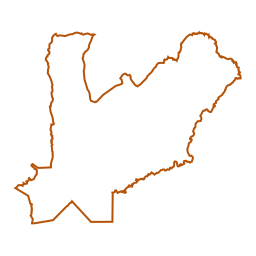 Luano, Central, Zambia
{"feature_id": "96606910B16035329871790", "entity_name": "Luano", "entity_type": "district", "adm_level": 2, "iso_a3": "ZMB", "parent_name": "Zambia", "parent_adm1": "Central", "projection": "robinson", "projection_center": [29.687, -14.461], "detail": "fine", "context": "isolated", "style": "outline", "palette": "amber", "viewbox_px": 256, "rotation_deg": 0, "n_neighbors": 0, "source": "geoboundaries", "source_scale": "gbopen_adm2", "svg_char_len": 5695}
<svg xmlns="http://www.w3.org/2000/svg" viewBox="0 0 256 256"><path d="M32.0,223.3L33.8,223.4L53.0,220.2L66.8,206.2L67.8,205.9L69.6,203.3L71.2,202.6L71.2,202.2L71.7,202.0L72.0,201.3L91.0,221.9L112.4,221.8L112.7,193.6L112.4,192.6L114.2,192.4L115.1,191.5L115.1,190.6L116.1,190.4L117.6,192.9L120.3,191.5L122.4,192.1L122.6,191.9L122.2,191.2L123.0,191.0L123.8,191.4L123.9,192.2L124.4,192.8L125.0,192.9L125.8,192.3L125.3,191.2L124.8,191.1L124.9,189.8L127.6,187.1L128.7,186.9L128.7,186.0L129.1,185.4L130.7,185.8L131.3,186.7L132.1,186.6L132.4,185.8L132.0,184.4L132.2,184.1L133.2,184.0L134.3,182.8L136.3,182.6L137.4,181.4L137.5,180.8L136.0,180.1L136.3,179.3L137.8,180.3L138.2,179.7L139.0,179.8L140.6,178.9L141.9,179.1L142.4,178.8L143.0,179.4L143.9,179.3L144.5,178.6L144.4,177.8L145.7,176.5L146.8,176.0L147.3,176.2L148.0,175.4L148.1,174.4L148.5,174.2L148.8,174.9L150.1,174.3L151.6,172.4L154.5,174.6L156.7,172.9L157.3,173.1L158.5,172.5L161.1,170.0L164.0,169.4L165.0,170.5L166.2,170.3L167.5,169.3L169.3,169.7L170.1,167.8L171.6,168.3L172.5,167.1L173.7,166.7L174.1,165.6L174.2,162.2L174.9,161.4L176.5,161.9L177.2,164.1L177.4,165.7L177.8,166.3L178.5,166.4L179.1,166.2L179.5,165.6L180.3,165.5L180.0,164.6L180.5,164.2L181.1,164.3L181.6,165.2L184.1,163.8L184.4,163.2L183.9,162.7L183.8,161.7L184.2,161.0L186.2,160.8L187.2,161.9L189.0,161.8L190.0,162.6L191.5,161.6L191.8,161.6L192.8,158.7L192.8,157.1L191.4,155.6L190.3,155.9L189.4,155.6L187.7,152.0L187.3,149.1L188.5,145.7L188.8,143.3L191.0,141.6L191.7,140.1L191.5,139.1L190.3,139.3L190.0,139.0L190.0,138.5L190.9,136.9L193.4,135.6L194.2,133.8L194.1,133.0L193.1,131.5L194.1,128.3L195.3,127.4L195.6,123.7L197.7,121.3L200.7,121.0L201.2,119.8L201.4,118.4L201.2,117.3L200.4,116.1L200.4,115.4L201.2,114.5L202.8,111.2L203.9,110.9L204.5,110.3L205.2,110.3L205.4,109.9L206.8,109.3L207.4,109.6L207.9,110.7L209.0,111.5L210.3,112.1L211.1,111.9L213.3,107.5L215.0,106.1L214.5,105.4L213.6,105.6L213.7,104.3L216.0,102.9L215.9,101.3L218.5,99.1L218.1,98.5L218.4,97.6L222.5,94.6L222.7,93.6L223.6,92.9L224.9,90.9L225.1,89.7L225.9,88.8L225.9,87.8L227.1,86.0L228.3,85.2L229.7,85.0L230.0,84.4L231.1,84.0L232.3,82.6L232.9,82.5L233.6,81.1L235.0,79.9L235.5,78.2L236.3,78.0L237.6,78.9L238.5,78.1L240.1,78.6L240.6,78.3L240.4,75.5L238.3,74.2L239.1,72.8L239.8,72.8L240.0,72.3L239.0,71.7L238.6,70.7L238.8,70.3L238.3,69.5L238.8,67.7L237.0,67.0L236.7,65.0L236.0,64.7L236.1,64.0L236.5,63.6L236.1,63.0L236.1,62.2L235.6,62.2L235.3,62.7L234.2,62.7L233.7,61.6L233.4,62.2L233.0,61.3L232.3,61.0L232.2,59.5L231.4,59.0L230.4,58.6L227.7,59.2L223.4,57.0L222.8,56.9L221.5,57.6L221.2,57.2L221.2,56.3L219.7,56.4L218.6,53.6L217.5,53.2L217.3,52.5L216.4,52.0L217.1,47.9L216.9,46.6L216.3,46.0L216.0,44.2L214.9,43.6L216.0,42.4L216.0,41.7L215.2,40.8L215.0,40.0L212.3,38.7L212.1,37.8L211.2,37.6L210.3,36.7L209.6,36.8L209.1,37.4L208.7,35.2L208.5,35.5L207.6,34.4L206.6,34.2L205.9,33.6L205.2,34.0L204.9,33.8L204.5,34.7L204.2,33.8L203.8,34.2L203.5,33.7L202.0,33.4L201.8,33.0L199.8,32.9L199.5,32.6L199.4,33.3L198.2,33.1L196.8,34.1L196.1,33.5L194.8,34.0L194.1,33.2L193.0,33.3L192.8,33.5L193.0,34.1L192.3,34.5L192.1,35.1L191.2,34.6L189.5,34.7L186.6,37.0L182.7,41.9L182.1,43.1L181.3,43.2L180.9,45.3L181.4,47.1L180.9,48.3L180.6,50.6L179.8,51.4L179.6,52.5L178.6,52.7L178.5,56.6L177.8,58.6L177.0,59.4L176.7,60.8L175.5,59.8L174.4,59.9L174.3,59.3L172.9,59.5L172.6,58.1L168.8,57.9L168.1,57.0L167.2,59.3L165.9,59.7L164.6,59.4L164.0,60.3L164.3,61.3L163.9,62.8L163.0,63.1L161.8,62.8L158.3,63.1L156.6,64.9L156.0,66.7L154.1,68.2L151.8,71.8L147.2,76.4L146.7,78.0L139.7,85.0L138.3,85.5L137.5,86.4L135.3,85.2L134.3,84.1L134.1,83.3L133.2,82.6L131.0,79.5L130.5,78.2L130.7,77.4L130.5,76.0L129.6,74.9L128.7,75.3L127.6,75.3L125.6,73.7L124.4,73.8L122.5,74.9L120.3,78.4L121.6,79.7L122.4,83.1L121.2,84.2L115.8,85.9L103.2,94.8L96.7,101.7L95.9,101.6L94.9,102.3L90.9,100.7L90.2,99.0L89.7,94.2L89.0,91.6L87.6,89.7L84.6,79.9L83.7,70.8L84.3,68.7L84.5,64.2L82.5,58.1L83.3,56.8L83.5,54.0L84.2,53.5L85.1,51.9L87.6,50.0L88.2,48.9L88.8,47.7L89.1,45.2L90.1,42.6L91.2,40.6L91.3,39.8L92.9,35.6L94.3,34.6L93.3,34.3L90.9,34.8L87.6,33.4L83.0,34.7L81.4,33.4L80.8,33.8L78.4,32.8L75.9,32.6L72.2,34.2L70.1,34.3L65.0,36.1L61.7,35.5L58.9,35.4L57.9,36.1L56.8,35.5L55.9,33.8L53.8,35.1L52.1,37.7L52.1,41.3L51.1,42.9L49.8,43.8L49.3,45.3L49.5,47.9L49.3,48.5L48.1,49.4L48.2,50.5L49.3,51.4L49.1,51.9L49.5,53.2L49.0,54.1L47.7,55.0L47.4,55.8L47.5,56.5L46.7,56.9L46.0,58.1L45.8,59.9L47.0,61.2L47.5,62.4L48.2,63.3L47.9,64.1L48.7,66.8L48.6,67.7L47.9,70.1L48.0,71.7L47.7,73.0L49.8,76.8L51.5,81.2L52.5,85.0L51.9,86.4L52.5,89.3L52.3,90.2L52.6,91.1L51.4,92.8L52.2,97.5L52.8,98.0L53.0,98.7L52.7,100.7L51.1,103.2L50.8,106.3L49.9,106.4L49.8,106.7L50.3,108.9L50.5,111.5L52.7,117.8L53.0,121.3L53.9,123.9L52.6,124.8L51.4,124.4L50.5,129.7L50.9,130.1L50.8,130.7L51.1,130.9L51.5,133.1L51.0,134.0L51.3,134.4L51.1,134.7L52.3,135.8L51.8,136.5L52.4,137.3L52.6,138.5L52.1,139.0L52.2,139.5L51.5,139.7L51.2,140.4L51.3,141.2L51.9,141.7L51.3,142.3L51.4,143.0L52.4,144.6L51.5,145.7L51.9,147.1L52.2,151.5L52.6,151.8L52.7,152.9L52.5,154.0L52.8,156.0L52.3,159.2L51.8,160.2L51.0,163.4L50.9,167.4L39.1,167.9L37.4,167.6L32.6,164.1L31.4,165.1L31.7,166.0L34.2,168.0L34.7,169.0L35.9,169.2L36.8,169.9L36.7,174.4L35.5,175.7L34.1,178.6L33.6,179.2L30.8,180.2L29.2,178.0L28.9,178.2L28.7,179.9L28.3,180.8L26.5,181.4L27.1,182.2L27.0,183.5L26.4,183.8L25.2,183.8L23.5,183.0L23.7,184.6L22.9,185.0L22.7,185.7L21.9,185.1L21.5,185.4L20.1,185.1L18.2,185.3L16.7,187.2L15.4,188.1L28.2,195.8L30.3,203.6L30.9,204.4L31.2,204.0L31.9,204.4L31.3,206.4L31.7,207.2L31.7,208.9L31.9,209.2L31.6,209.8L31.9,210.0L31.5,211.7L31.7,212.4L31.4,212.6L31.4,214.5L30.6,215.5L32.8,219.2L32.0,223.3Z" fill="none" stroke="#b45309" stroke-width="2"/></svg>